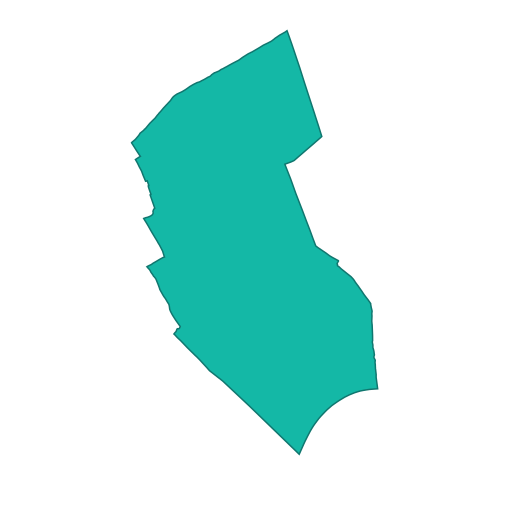 outline of Phra Khanong, Bangkok Metropolis, Thailand, rotated 250°
{"feature_id": "78962969B55596072077458", "entity_name": "Phra Khanong", "entity_type": "district", "adm_level": 2, "iso_a3": "THA", "parent_name": "Thailand", "parent_adm1": "Bangkok Metropolis", "projection": "mercator", "projection_center": [100.617, 13.692], "detail": "fine", "context": "isolated", "style": "filled", "palette": "teal", "viewbox_px": 512, "rotation_deg": 250, "n_neighbors": 0, "source": "geoboundaries", "source_scale": "gbopen_adm2", "svg_char_len": 5488}
<svg xmlns="http://www.w3.org/2000/svg" viewBox="0 0 512 512"><g transform="rotate(250 256 256)"><path d="M457.1,362.2L456.5,360.2L455.7,355.4L455.5,354.0L454.0,348.1L453.5,346.9L453.1,345.5L452.7,344.3L452.5,343.2L452.1,340.1L451.6,335.0L450.8,331.3L450.3,328.7L450.0,327.0L449.9,326.5L449.8,325.8L449.7,325.4L449.4,323.7L449.1,322.1L449.0,320.5L448.8,319.4L448.7,318.0L448.5,317.1L447.4,312.0L447.2,311.2L447.1,310.8L446.2,307.8L445.8,306.1L445.8,305.8L445.7,305.5L445.7,304.9L445.1,300.3L445.1,300.2L444.5,296.3L444.0,293.4L443.7,291.1L443.5,289.9L443.3,288.7L443.3,287.9L443.2,286.9L442.6,284.8L442.5,284.3L442.4,282.3L442.4,282.0L442.3,280.3L442.3,280.0L442.3,279.9L442.4,279.7L442.2,279.2L442.2,278.6L442.0,278.2L441.8,277.4L441.7,277.1L441.5,276.3L440.9,275.2L440.7,274.8L440.6,274.3L440.5,273.4L440.4,271.7L440.1,270.4L439.6,267.6L439.3,264.9L438.9,262.4L439.0,261.5L439.1,259.9L438.9,258.3L438.7,256.4L438.6,255.7L438.5,255.2L437.9,251.9L436.8,248.0L436.5,246.8L436.1,244.9L435.7,242.7L435.2,237.0L434.8,235.6L434.8,235.4L434.0,232.9L433.1,231.3L432.3,230.2L432.0,229.7L431.5,229.1L431.0,228.2L430.0,226.2L428.9,224.1L428.8,223.8L427.7,221.7L427.2,220.7L426.7,219.7L424.5,215.9L423.5,214.0L423.5,213.9L423.3,213.6L422.7,212.7L422.2,211.7L421.9,211.2L420.0,208.2L418.9,205.7L417.0,201.6L413.9,196.3L413.5,195.6L413.3,195.0L413.3,194.6L413.0,194.2L412.6,193.6L412.4,193.1L411.2,189.6L411.0,189.0L410.7,188.7L410.3,188.2L409.4,187.0L409.1,186.5L407.2,183.2L406.4,181.5L406.4,181.3L406.3,181.1L405.3,178.3L405.0,177.8L404.4,177.9L400.0,178.9L395.8,179.8L392.0,180.7L389.2,181.4L389.2,181.2L387.9,175.7L383.8,176.4L379.7,176.8L375.6,177.4L374.8,177.5L370.7,177.5L364.0,177.8L363.9,177.9L363.9,179.5L358.8,179.4L358.7,179.3L358.7,179.2L358.7,178.7L357.4,178.5L353.7,178.4L349.9,178.4L349.7,178.3L349.7,178.1L349.6,177.6L349.6,177.4L349.4,177.4L335.5,177.2L335.3,176.6L335.0,176.2L334.9,175.9L334.4,175.4L333.6,174.7L333.1,174.4L332.5,174.3L331.6,174.1L331.1,173.8L330.5,173.0L330.4,172.9L330.3,172.7L330.2,172.5L330.0,172.2L329.8,171.4L329.6,170.4L329.5,168.6L329.5,167.1L329.5,166.9L329.7,165.8L329.7,164.0L329.7,163.3L329.1,163.4L328.1,163.6L323.9,164.5L320.7,165.1L319.3,165.3L315.1,166.0L310.9,166.8L306.4,167.7L303.9,168.2L301.3,168.6L299.6,169.0L298.8,169.1L296.6,169.4L292.6,169.9L286.3,169.6L286.4,168.9L286.3,167.4L286.2,167.0L285.8,164.3L284.8,159.1L284.8,158.9L284.4,156.7L283.8,154.7L283.7,153.6L283.6,152.2L283.5,151.7L283.4,150.4L283.2,149.8L282.7,150.1L281.3,150.5L280.5,150.9L279.8,151.2L278.7,151.5L277.8,151.6L276.8,151.7L275.7,152.0L273.6,152.6L272.2,152.8L271.4,153.2L271.1,153.3L270.3,153.6L269.8,153.8L269.3,153.9L268.3,154.1L265.3,154.2L262.3,154.3L259.1,154.3L257.4,154.2L255.4,154.5L250.6,155.3L248.9,155.7L247.9,156.0L247.3,156.2L245.9,156.5L243.6,156.9L242.1,157.2L240.5,157.6L239.4,157.5L238.1,157.3L236.8,157.0L235.4,156.7L234.1,156.7L232.6,156.8L230.4,157.1L229.7,157.2L228.1,157.5L223.2,158.6L219.6,159.6L215.7,160.7L214.4,159.5L214.3,159.3L214.2,159.1L214.2,158.8L214.1,158.5L214.1,158.3L214.1,158.2L214.4,157.8L214.5,157.5L214.5,157.3L214.4,157.1L214.4,156.9L214.3,156.7L214.2,156.6L213.7,156.2L213.3,155.8L212.7,155.4L212.4,155.1L212.3,154.9L212.1,154.5L211.8,153.8L210.8,152.2L210.4,152.4L209.4,152.9L206.9,153.9L205.0,154.8L202.3,156.2L193.4,160.1L183.3,164.9L181.6,165.8L177.2,167.8L174.0,169.1L167.8,171.7L166.4,172.2L164.1,173.1L150.0,181.9L117.4,198.4L54.9,228.8L60.5,234.2L62.7,236.3L64.8,238.4L65.2,238.8L68.9,242.7L72.9,247.1L74.8,249.4L76.6,251.7L78.3,254.1L80.0,256.7L81.7,259.3L83.2,262.0L84.6,264.8L86.0,267.6L87.3,270.4L88.4,273.3L89.5,276.1L90.3,279.0L91.1,282.0L91.8,284.9L92.4,287.9L93.0,290.9L93.3,293.6L93.6,296.3L93.7,299.1L93.8,301.8L93.7,304.5L93.5,307.8L93.0,311.0L92.4,314.2L91.8,317.1L91.0,320.0L90.2,322.8L89.6,324.9L100.9,327.4L102.3,327.9L103.3,328.3L103.7,328.4L105.3,328.8L106.6,329.1L106.9,329.2L107.1,329.2L108.0,329.5L109.1,329.6L109.3,329.7L109.5,329.8L110.8,330.2L111.5,330.4L112.1,330.6L112.9,330.9L114.7,331.3L115.4,331.5L115.6,331.6L115.8,331.7L117.0,332.3L117.6,332.4L118.4,332.3L119.6,332.1L120.1,332.1L120.5,332.2L120.9,332.3L121.4,332.6L122.6,333.5L123.0,333.5L124.8,333.9L125.5,334.1L127.5,334.4L129.9,334.5L132.4,335.4L135.1,335.8L135.7,336.0L136.5,336.6L141.3,338.3L151.6,341.6L152.2,341.7L155.2,342.5L159.1,344.1L160.1,344.5L162.2,345.1L164.4,346.2L164.9,346.3L165.6,346.4L168.3,346.7L171.1,347.2L171.6,347.3L171.8,347.4L172.1,347.5L176.2,346.4L180.3,345.1L182.9,344.3L186.7,343.4L190.7,342.3L191.0,342.2L191.3,342.1L192.0,342.0L193.7,341.5L193.9,341.4L195.3,341.0L197.3,340.4L198.7,340.1L198.9,340.1L199.0,340.0L199.8,339.9L200.0,339.8L200.6,339.6L201.3,339.4L204.1,338.2L205.9,337.1L208.3,335.6L211.3,333.8L214.7,331.7L217.5,330.3L218.9,329.3L219.1,329.3L219.5,329.4L219.9,329.6L220.6,329.6L221.0,329.5L221.7,330.2L222.4,331.0L223.1,331.8L223.3,331.8L223.6,331.7L224.7,330.7L228.4,327.4L230.6,325.6L231.7,324.8L234.8,322.8L238.8,319.9L243.2,316.7L243.5,316.6L244.8,315.7L245.2,315.6L252.8,315.5L261.3,315.5L272.2,315.3L282.6,315.2L291.8,315.0L301.4,314.8L312.8,314.9L314.2,314.9L317.0,314.9L323.8,314.7L332.4,314.5L332.4,319.5L332.4,320.9L332.5,322.3L332.6,323.8L332.7,324.4L332.8,324.8L334.4,328.9L336.7,335.0L339.0,341.0L340.9,346.1L342.3,349.8L342.5,350.2L345.0,356.8L345.8,358.7L356.6,359.2L367.8,359.6L369.7,359.7L390.5,360.4L396.4,360.6L401.9,360.8L418.2,361.5L426.8,361.7L437.6,362.0L438.6,362.0L442.2,362.1L450.4,362.2L457.1,362.2Z" fill="#14b8a6" stroke="#0f766e" stroke-width="1.5"/></g></svg>